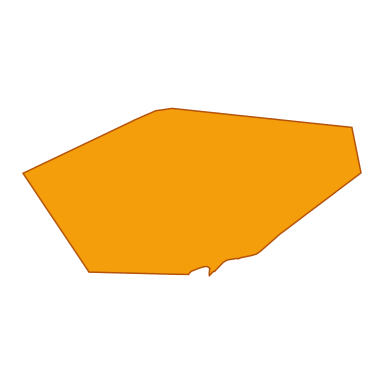 the district of Dar Sa'd, Lahij, Yemen
{"feature_id": "15242507B92713589855665", "entity_name": "Dar Sa'd", "entity_type": "district", "adm_level": 2, "iso_a3": "YEM", "parent_name": "Yemen", "parent_adm1": "Lahij", "projection": "mercator", "projection_center": [44.98, 12.915], "detail": "fine", "context": "isolated", "style": "filled", "palette": "amber", "viewbox_px": 384, "rotation_deg": 0, "n_neighbors": 0, "source": "geoboundaries", "source_scale": "gbopen_adm2", "svg_char_len": 3163}
<svg xmlns="http://www.w3.org/2000/svg" viewBox="0 0 384 384"><path d="M351.9,127.4L315.6,123.6L303.2,122.3L253.2,117.0L240.8,115.7L172.0,108.4L161.9,109.9L155.8,110.7L155.6,110.8L147.6,114.3L133.7,120.4L133.5,120.6L122.6,125.8L26.8,171.5L23.0,173.3L29.6,183.1L46.6,208.6L64.1,234.7L81.0,260.0L81.2,260.3L81.3,260.5L81.6,260.9L82.0,261.6L82.3,262.0L82.6,262.5L82.9,262.8L83.1,263.2L83.3,263.5L83.6,263.9L83.9,264.4L84.2,264.8L87.1,269.2L88.7,271.6L89.0,272.1L92.3,272.2L93.3,272.2L93.9,272.2L94.5,272.2L95.7,272.2L96.8,272.3L97.9,272.3L99.1,272.3L100.8,272.4L102.7,272.4L104.2,272.5L105.1,272.5L106.3,272.5L107.7,272.6L109.1,272.6L110.4,272.6L111.8,272.7L113.1,272.7L114.5,272.7L115.9,272.8L116.4,272.8L117.2,272.8L118.6,272.8L119.9,272.9L121.3,272.9L122.7,272.9L124.1,273.0L125.4,273.0L126.4,273.0L126.8,273.1L128.2,273.1L129.5,273.1L130.9,273.1L132.2,273.2L133.1,273.2L133.5,273.2L137.9,273.3L139.7,273.4L141.1,273.4L142.5,273.4L143.9,273.5L145.3,273.5L146.7,273.5L148.0,273.6L149.3,273.6L149.6,273.6L150.6,273.7L151.9,273.7L153.3,273.7L154.7,273.7L156.0,273.8L157.4,273.8L158.8,273.9L160.2,273.9L161.6,273.9L162.9,274.0L163.2,274.0L163.4,274.0L164.3,274.0L166.1,274.0L166.9,274.0L167.4,274.0L167.6,274.1L177.7,274.3L180.0,274.3L186.1,274.4L186.9,274.4L188.6,274.5L188.9,274.0L189.8,272.6L191.6,271.2L195.3,269.7L195.9,269.5L197.1,269.0L197.4,268.8L197.6,268.8L197.8,268.7L198.0,268.6L198.4,268.4L199.4,268.1L200.0,267.9L200.5,267.7L201.3,267.5L201.7,267.4L202.5,267.2L203.4,266.9L203.8,266.9L204.6,266.7L204.9,266.7L206.2,266.4L206.7,266.4L207.3,266.7L207.5,266.8L208.3,267.1L208.5,267.3L208.9,267.6L209.2,267.8L209.8,268.4L209.6,268.5L209.6,269.1L209.6,269.5L209.4,271.9L209.2,273.8L209.3,274.4L209.3,275.1L209.3,275.3L209.4,275.6L211.3,273.6L213.4,271.5L214.7,271.4L215.0,271.0L215.5,270.5L216.1,269.7L217.5,268.3L218.3,267.5L219.6,266.2L220.0,265.7L220.3,265.4L221.7,264.0L223.2,262.4L223.6,262.2L223.8,262.1L224.3,261.7L224.9,261.3L226.0,260.6L228.0,259.8L232.1,259.2L232.9,259.1L233.1,259.0L235.6,258.6L235.9,258.5L236.4,258.5L236.9,258.4L237.5,258.7L237.8,258.8L238.0,258.8L238.3,258.8L238.6,258.6L238.9,258.4L239.1,258.4L239.4,258.3L239.6,258.3L239.9,258.1L240.0,258.0L240.4,257.9L240.9,257.7L241.1,257.7L241.4,257.6L241.5,257.5L242.8,257.3L243.1,257.2L244.3,257.0L244.6,256.9L246.3,256.6L248.6,256.1L249.6,255.9L252.1,255.4L252.7,255.2L256.5,254.0L256.7,253.9L257.7,253.2L258.1,252.9L258.4,252.7L259.7,251.8L260.3,251.4L263.7,248.4L266.4,246.0L269.3,243.5L271.3,241.7L273.6,239.7L274.6,238.8L276.3,237.3L279.9,234.1L281.1,233.2L281.4,233.0L281.6,232.9L303.0,216.7L305.7,214.6L305.8,214.5L309.3,211.9L316.8,206.3L335.6,192.1L337.9,190.3L360.6,173.2L361.0,172.9L360.9,172.6L360.8,172.2L360.8,171.9L360.5,170.3L360.2,169.0L359.9,167.6L359.7,166.7L359.7,166.2L359.5,165.3L359.3,164.4L359.1,163.4L358.8,162.0L358.5,160.5L358.3,159.4L358.0,157.9L357.7,156.5L357.6,155.9L357.4,155.0L357.2,153.9L356.9,152.4L356.6,151.0L356.4,150.1L356.1,148.5L355.8,146.9L355.7,146.4L355.4,145.0L355.1,143.6L355.1,143.2L354.9,142.5L354.7,141.5L354.3,139.5L354.1,138.5L353.7,136.3L352.7,131.8L352.4,130.0L351.9,127.4Z" fill="#f59e0b" stroke="#b45309" stroke-width="1.5"/></svg>